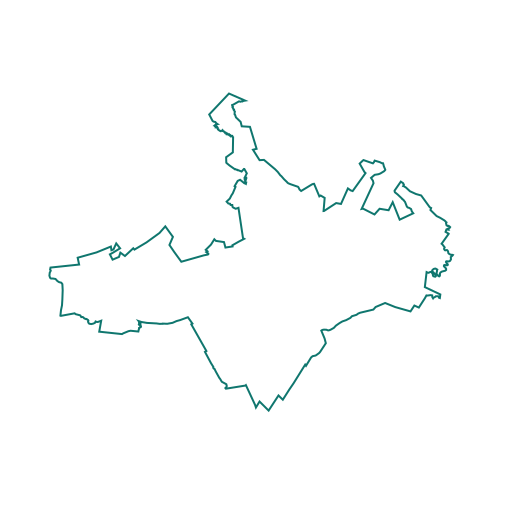 the district of Ixtlahuaca, México, Mexico, rotated 292°
{"feature_id": "50627088B15335958554476", "entity_name": "Ixtlahuaca", "entity_type": "district", "adm_level": 2, "iso_a3": "MEX", "parent_name": "Mexico", "parent_adm1": "México", "projection": "natural_earth1", "projection_center": [-99.782, 19.602], "detail": "fine", "context": "isolated", "style": "outline", "palette": "teal", "viewbox_px": 512, "rotation_deg": 292, "n_neighbors": 0, "source": "geoboundaries", "source_scale": "gbopen_adm2", "svg_char_len": 6132}
<svg xmlns="http://www.w3.org/2000/svg" viewBox="0 0 512 512"><g transform="rotate(292 256 256)"><path d="M334.7,427.7L336.7,424.2L336.9,423.5L348.6,426.3L348.7,426.0L348.9,426.0L349.4,422.7L352.0,422.6L352.7,423.5L352.3,424.3L352.5,424.7L353.2,423.7L354.3,424.7L354.8,425.1L355.5,425.2L356.0,424.0L355.9,423.3L356.0,422.8L355.6,422.4L355.8,421.2L357.6,419.9L358.5,420.0L358.6,419.4L359.1,418.7L359.6,417.2L360.4,412.4L360.7,408.5L364.0,400.5L366.1,400.4L366.3,398.8L374.0,386.5L373.4,381.1L373.7,374.5L375.7,369.3L376.1,366.7L376.9,366.5L376.7,366.3L377.1,366.3L378.6,365.2L379.2,362.4L368.5,360.0L367.7,360.4L367.1,361.0L366.1,364.3L363.9,369.9L363.8,369.5L363.3,371.4L362.0,373.9L358.3,377.4L357.8,378.8L358.0,380.0L357.6,382.2L355.7,383.8L354.5,385.8L343.5,375.6L357.1,362.6L348.1,361.8L346.1,352.9L338.9,350.3L340.0,337.5L339.2,336.3L367.5,337.7L369.6,336.2L371.5,333.4L375.7,335.6L377.7,338.9L379.1,340.4L382.6,343.0L384.2,343.6L384.5,343.5L387.1,340.9L388.8,339.7L389.6,338.9L389.2,338.1L389.4,335.7L388.9,330.3L387.1,330.2L385.7,329.7L385.2,319.7L384.7,319.4L380.5,317.5L374.5,325.1L373.9,326.5L352.4,321.3L352.3,319.2L353.1,315.9L336.1,315.3L335.1,310.5L323.2,302.2L323.0,301.8L335.6,297.9L336.3,293.3L335.0,292.4L344.7,282.8L344.3,282.1L343.4,281.1L333.2,273.5L333.9,271.5L335.6,269.6L335.9,269.0L335.5,261.2L335.5,258.8L335.8,257.6L336.1,257.2L337.7,253.2L339.6,249.5L339.9,248.4L342.1,244.7L343.6,241.2L348.1,227.4L346.2,223.4L353.4,213.4L355.6,216.4L373.5,202.0L370.9,194.2L374.6,191.5L377.0,185.5L379.1,183.7L379.3,183.1L380.8,182.5L382.0,182.3L382.6,181.3L383.4,180.9L383.2,180.5L384.5,179.3L384.9,178.6L385.7,178.7L386.2,177.8L387.0,177.3L387.8,178.2L393.0,182.3L393.2,183.8L394.0,184.7L394.1,185.4L395.2,186.4L396.0,187.7L396.5,170.1L369.7,159.6L365.0,165.1L364.7,166.2L365.0,168.1L364.2,169.5L363.9,170.8L363.2,169.6L361.4,168.7L361.5,169.9L361.0,169.8L361.0,170.7L361.4,171.2L360.9,172.0L360.3,171.5L360.4,172.1L360.3,172.5L359.3,173.1L359.4,173.6L358.9,173.9L358.5,175.7L358.5,176.5L358.9,176.6L359.2,177.4L360.1,177.8L359.4,178.5L359.6,179.3L359.2,179.8L359.1,180.6L358.6,181.2L359.1,181.6L358.8,182.6L357.8,183.0L357.9,183.6L358.5,183.9L358.2,184.2L358.2,184.7L358.6,184.8L358.7,185.1L358.2,185.1L358.0,185.8L358.4,186.0L358.5,186.7L357.8,186.9L357.9,187.5L357.6,187.9L358.2,188.2L358.5,189.0L357.5,189.9L357.5,190.3L343.4,195.7L336.4,191.3L331.4,193.5L331.2,193.8L330.0,197.6L328.5,204.0L328.8,204.2L328.7,206.6L328.9,206.6L328.9,211.0L332.2,212.2L332.3,212.6L329.2,216.5L324.5,216.2L324.3,216.6L324.9,217.7L324.6,217.9L323.0,218.0L323.2,216.6L322.4,217.0L322.2,218.0L321.3,217.9L320.8,218.7L319.9,218.4L320.3,219.4L319.1,219.6L319.4,218.2L319.1,218.0L320.7,212.7L318.8,210.9L312.7,210.0L312.4,211.1L305.4,211.0L303.0,210.5L299.4,210.2L295.4,208.4L294.3,210.7L294.7,212.4L293.8,213.3L294.4,214.9L292.8,215.8L292.4,216.7L292.2,219.5L294.1,221.7L268.8,236.6L267.7,237.3L267.5,238.6L262.8,234.6L257.1,230.1L256.1,230.7L252.4,224.5L256.9,221.1L255.0,213.2L255.9,211.1L249.7,210.0L242.9,207.1L242.2,209.2L241.0,208.4L240.4,210.9L239.8,211.1L239.3,210.8L237.0,207.3L222.7,188.9L229.2,178.5L233.8,171.6L242.6,171.8L249.5,160.8L241.2,157.9L227.6,149.4L216.4,140.9L217.2,139.3L206.9,134.5L208.3,129.0L203.8,129.3L198.9,124.4L202.8,119.9L205.6,122.2L212.2,127.1L215.3,121.7L208.7,121.4L207.2,119.8L210.4,117.9L199.6,106.8L187.6,91.3L181.8,95.2L168.3,69.8L166.2,70.2L165.8,71.0L165.4,71.2L163.3,71.0L160.4,71.8L158.7,73.2L158.3,74.4L159.1,76.4L159.6,78.7L158.4,81.2L158.0,83.1L158.3,85.5L157.4,87.0L151.8,89.6L143.0,92.8L137.6,94.6L132.7,95.5L127.4,97.0L127.4,97.5L134.9,109.3L134.5,110.5L135.1,115.0L135.0,115.5L133.9,116.9L134.5,118.1L134.4,118.9L133.8,120.2L133.8,121.9L134.0,122.0L134.1,122.6L133.9,123.4L133.7,124.3L133.3,124.8L132.1,124.9L130.9,126.2L130.8,127.1L131.2,128.8L132.4,130.5L133.7,131.7L135.2,131.8L135.2,133.2L135.7,134.2L138.0,136.7L127.1,139.0L133.4,161.0L134.6,161.9L138.5,165.9L139.7,167.7L141.9,175.2L144.2,174.8L144.6,174.9L145.4,174.5L146.9,175.8L147.7,175.7L148.0,175.4L148.0,174.6L149.0,174.2L149.3,174.5L150.1,174.2L150.1,173.8L149.8,173.6L149.0,173.7L148.5,173.3L148.7,173.0L149.3,173.1L150.4,172.5L151.0,172.7L151.7,171.5L151.9,174.5L153.1,179.9L156.2,189.0L157.0,192.1L158.2,194.9L158.4,194.9L159.9,199.1L162.8,203.7L165.9,206.7L168.1,209.6L173.7,215.8L169.5,222.4L168.4,221.6L149.3,245.6L148.0,244.6L139.8,254.4L137.2,258.0L136.6,258.1L136.1,258.5L135.8,259.0L135.8,259.8L133.8,262.0L129.2,267.7L128.8,268.5L126.6,271.4L126.0,276.5L124.5,277.6L123.5,277.7L122.1,277.1L121.7,277.8L131.9,294.7L132.5,295.0L117.6,310.9L115.5,312.7L122.4,313.8L117.4,325.6L135.1,329.1L132.8,334.7L144.7,336.9L152.0,338.5L173.7,342.3L172.9,343.5L182.6,345.1L184.3,346.0L186.0,348.5L186.5,348.9L189.7,350.9L191.2,351.4L201.3,353.4L205.2,350.5L211.3,344.5L212.3,345.2L213.2,346.6L214.0,348.9L214.0,350.6L214.3,351.3L215.5,352.7L218.5,355.1L221.4,356.2L225.1,358.6L227.7,360.6L230.3,363.6L234.0,366.7L236.1,367.5L239.1,371.2L240.9,372.3L242.4,373.8L250.3,384.9L253.5,386.0L260.8,393.3L260.8,404.2L262.5,420.0L269.4,421.4L269.2,426.3L280.1,428.4L283.3,428.8L283.5,429.7L285.1,432.5L285.5,434.1L283.9,434.9L283.1,436.0L283.7,436.1L284.9,437.2L286.0,437.8L286.9,440.0L286.6,441.0L285.9,441.3L285.9,442.2L289.4,441.3L290.4,424.2L305.0,420.2L304.9,421.6L305.1,422.3L306.5,423.6L306.8,424.1L306.8,424.8L305.4,426.7L304.3,427.3L303.7,428.0L303.9,429.9L304.6,430.3L305.6,430.0L306.4,428.0L307.1,427.1L307.6,425.7L307.9,425.2L308.5,424.8L309.3,424.9L310.5,425.6L311.0,426.1L311.6,427.2L311.3,429.2L310.0,429.3L309.1,429.7L308.1,429.6L306.9,429.9L306.8,431.0L305.7,432.7L305.8,433.6L306.2,433.8L307.0,433.8L308.6,433.1L309.8,433.2L311.2,434.2L313.3,437.0L314.3,437.5L315.3,437.1L315.8,436.5L316.7,434.4L317.0,434.0L317.8,433.8L318.3,434.2L318.9,436.6L319.4,437.1L319.8,437.1L320.2,436.8L320.9,435.2L321.6,434.4L322.1,434.3L322.6,434.8L323.0,436.4L323.6,437.3L324.3,437.8L326.0,438.0L327.9,437.0L330.2,438.1L330.7,438.2L330.7,437.8L330.1,435.9L330.4,433.9L330.7,433.3L332.3,432.3L333.0,431.2L333.0,430.7L332.1,429.3L332.2,428.8L332.8,427.9L333.4,427.6L334.7,427.7Z" fill="none" stroke="#0f766e" stroke-width="2"/></g></svg>